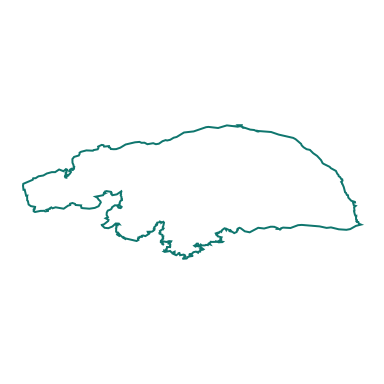 the district of Sula nor, Møre og Romsdal, Norway, rotated 180°
{"feature_id": "86288312B40497939679228", "entity_name": "Sula nor", "entity_type": "district", "adm_level": 2, "iso_a3": "NOR", "parent_name": "Norway", "parent_adm1": "Møre og Romsdal", "projection": "mercator", "projection_center": [6.236, 62.423], "detail": "fine", "context": "isolated", "style": "outline", "palette": "teal", "viewbox_px": 384, "rotation_deg": 180, "n_neighbors": 0, "source": "geoboundaries", "source_scale": "gbopen_adm2", "svg_char_len": 6090}
<svg xmlns="http://www.w3.org/2000/svg" viewBox="0 0 384 384"><g transform="rotate(180 192 192)"><path d="M201.6,125.2L197.4,125.5L196.6,126.3L196.7,126.8L194.3,127.6L190.9,128.1L194.5,129.3L194.3,129.9L192.1,130.2L190.6,131.8L188.0,132.4L186.0,131.3L185.7,132.3L183.9,132.4L183.9,133.2L182.9,133.9L183.7,134.4L183.6,134.8L181.3,134.2L180.8,134.5L182.2,135.2L181.3,135.3L183.7,137.1L187.2,138.1L188.5,137.4L189.7,138.3L188.0,139.2L187.4,140.3L186.1,140.4L185.1,138.7L183.3,138.6L183.1,139.3L182.2,138.6L179.1,138.6L178.2,139.1L176.2,138.9L176.2,139.5L175.4,140.1L173.9,139.6L174.8,140.8L173.4,141.6L173.3,142.2L170.4,142.0L170.4,141.3L170.2,142.1L167.8,142.1L167.8,142.6L165.4,141.7L161.6,141.9L161.2,142.2L164.9,143.1L163.2,143.8L163.1,144.6L162.8,144.6L162.8,145.6L163.3,145.6L162.5,146.7L166.3,147.7L166.4,148.3L167.8,149.3L167.7,149.8L168.2,150.6L166.7,151.2L166.1,150.6L165.6,150.9L166.4,151.3L165.2,151.2L164.6,152.1L163.2,152.6L162.7,152.2L161.8,154.0L159.5,155.7L158.7,155.5L157.8,154.0L157.4,155.1L154.6,153.8L153.7,154.0L153.1,153.3L153.8,152.7L151.7,152.2L149.8,150.9L147.4,152.0L146.9,153.4L146.4,153.6L146.1,154.5L146.6,154.9L146.3,155.3L144.6,156.2L143.2,155.7L139.2,152.7L134.3,151.7L125.8,156.2L119.9,155.5L113.2,157.3L109.8,157.2L106.6,155.9L107.1,155.1L104.7,155.0L104.0,154.4L103.4,154.7L103.0,155.7L100.9,156.4L93.5,156.0L86.0,158.8L82.3,159.1L64.4,157.6L57.4,156.1L53.0,156.6L45.2,154.7L37.6,154.2L33.8,154.9L28.1,158.1L23.0,159.4L25.1,160.3L25.7,162.0L27.1,162.0L27.6,162.7L27.0,163.3L27.1,164.0L27.9,164.4L28.0,166.8L27.7,167.4L27.7,168.2L28.4,168.0L29.1,169.3L30.0,173.0L29.5,173.3L29.9,176.7L28.3,178.1L30.2,178.7L31.0,181.6L29.0,181.6L29.1,182.1L32.7,183.2L35.7,186.4L36.0,188.7L37.2,189.1L38.0,191.1L38.9,191.7L40.2,196.8L41.6,200.1L42.0,200.3L42.1,201.4L42.8,202.1L41.5,203.3L41.8,204.7L42.6,204.8L43.9,206.9L45.3,207.8L45.6,209.1L46.7,210.2L48.1,213.1L53.1,215.8L54.4,217.2L60.5,220.2L61.5,221.0L62.9,223.8L66.9,228.1L70.8,230.8L74.1,234.1L77.4,234.8L80.4,236.7L82.3,238.6L82.9,240.1L88.4,244.8L90.8,246.1L105.3,249.4L112.9,252.0L125.8,253.0L125.2,252.6L125.5,252.5L126.8,253.2L127.0,252.7L129.9,254.0L133.8,254.4L140.1,256.5L139.7,256.1L140.3,256.1L141.2,257.0L141.5,256.6L142.9,257.9L142.5,258.8L145.2,258.8L143.3,257.6L146.4,258.7L144.8,257.7L148.2,257.8L147.9,257.5L157.1,258.6L165.9,256.0L175.6,257.1L178.0,256.8L190.3,252.6L200.0,251.5L207.4,247.0L210.3,246.3L213.8,244.2L216.9,243.5L218.3,243.9L221.5,242.8L225.1,240.3L228.1,239.8L230.8,240.8L236.6,239.8L239.5,241.3L242.5,241.2L244.5,242.1L249.0,241.7L258.4,239.5L263.7,236.3L267.8,234.9L270.2,234.8L273.2,235.0L273.9,236.4L275.1,236.7L275.1,237.9L279.9,237.4L280.5,238.8L282.3,239.1L285.9,237.4L285.5,236.2L286.3,234.7L290.5,233.9L291.1,233.3L297.6,233.6L303.0,232.2L304.4,231.3L304.4,230.1L305.2,228.5L309.9,227.1L311.6,224.9L311.5,221.2L310.5,219.0L310.4,217.8L309.8,217.3L310.2,216.6L309.9,216.5L310.0,215.2L311.2,214.0L311.9,214.1L312.0,215.2L312.4,215.3L313.9,214.4L314.5,213.0L313.9,213.1L313.0,212.0L314.2,210.2L315.9,208.5L316.2,208.7L316.0,208.3L317.5,207.5L317.6,206.3L318.6,206.5L319.1,207.4L318.9,208.5L318.1,209.6L318.4,211.1L317.7,211.5L317.2,213.5L315.9,214.1L317.9,214.0L317.5,215.6L318.3,214.1L318.5,214.5L320.5,212.8L324.9,214.5L328.8,211.9L332.1,211.9L337.2,210.5L340.7,208.5L345.5,207.7L348.4,205.8L350.8,205.7L351.3,204.2L360.7,200.2L361.0,198.4L360.5,194.2L359.3,194.3L357.9,188.3L356.7,188.4L356.9,187.8L356.8,183.6L356.1,183.0L355.4,179.5L353.2,177.9L348.9,177.1L349.0,176.2L349.6,175.5L349.3,175.5L349.5,174.6L350.3,173.6L350.3,172.7L349.0,172.0L343.5,173.1L339.9,173.2L338.8,172.6L335.2,173.2L336.2,173.5L336.0,174.0L336.8,174.4L334.1,175.2L334.2,175.7L332.7,176.6L331.5,175.7L328.4,176.7L320.3,175.3L316.0,178.3L313.8,179.0L313.9,180.3L311.5,181.0L309.0,180.1L308.4,179.0L303.1,178.6L303.3,178.2L302.8,177.5L302.6,176.2L301.8,175.9L294.6,175.3L289.2,176.1L285.4,177.8L283.2,181.6L283.6,182.7L285.6,184.6L286.4,186.1L288.5,187.3L280.9,188.8L280.3,189.9L279.3,190.4L280.2,190.5L280.0,191.3L278.9,191.4L278.9,192.5L277.5,192.9L272.9,192.1L272.3,190.9L272.9,190.2L271.7,188.8L267.2,189.6L262.7,192.7L262.6,192.4L263.2,190.8L262.9,189.8L263.2,189.4L263.3,188.4L262.6,187.5L262.5,185.2L262.1,185.2L262.0,183.9L263.4,183.2L264.3,181.5L264.2,180.1L265.6,179.1L262.4,177.2L262.6,176.6L263.4,175.9L265.5,176.3L267.0,178.6L269.2,178.7L272.0,176.7L272.4,175.4L273.4,174.5L276.2,173.4L277.2,171.5L277.4,169.0L276.1,166.8L278.3,165.7L275.5,164.2L275.8,163.0L280.0,159.7L282.2,159.1L282.1,158.7L279.4,156.2L275.7,155.8L271.6,157.5L268.3,160.5L265.2,160.4L264.7,159.8L265.8,160.0L266.3,158.7L267.8,158.7L267.5,156.6L268.4,155.2L267.8,155.6L267.9,152.4L267.4,151.7L266.1,151.5L264.0,149.0L264.4,148.7L266.5,150.1L266.9,149.5L264.7,148.0L263.6,148.7L260.8,146.2L260.4,146.8L259.5,146.2L259.8,145.9L258.6,144.9L257.7,145.4L247.4,143.0L245.6,144.0L246.1,145.2L245.6,146.5L244.8,146.1L244.1,147.2L242.1,147.1L241.9,147.5L242.1,148.2L240.9,148.5L238.6,147.9L234.8,150.3L234.3,151.3L236.1,151.6L236.3,152.2L232.2,152.3L230.9,153.0L229.8,154.0L230.1,154.6L229.5,154.7L229.4,155.5L229.9,155.8L229.8,156.7L228.1,158.3L227.9,159.4L226.1,159.0L227.6,159.6L226.9,160.3L226.8,161.3L224.1,161.9L224.0,162.4L222.4,161.8L222.5,161.3L220.7,162.2L220.0,161.4L220.7,158.1L221.3,156.9L220.9,155.6L220.5,155.5L221.1,154.6L221.6,154.8L224.1,153.0L223.6,151.9L224.6,151.1L224.5,150.4L221.6,149.1L221.5,147.6L220.7,147.6L220.9,146.2L221.3,145.7L220.9,145.2L223.1,143.2L223.2,141.8L222.9,141.6L222.5,142.6L221.6,142.2L221.6,139.8L220.1,139.2L221.3,140.2L221.3,142.0L220.5,142.6L217.6,142.0L214.9,142.9L212.8,142.7L213.1,142.1L215.2,142.0L215.7,141.2L215.5,140.5L214.5,140.9L214.1,140.5L213.7,139.3L214.2,137.7L213.8,137.6L213.9,136.9L217.0,137.0L217.2,135.1L217.9,134.7L217.3,133.5L218.5,133.0L219.8,133.6L219.9,133.0L219.5,132.7L220.0,132.5L219.2,132.1L213.9,133.0L211.9,131.1L209.4,132.3L209.4,131.0L210.6,130.1L207.8,128.8L205.8,130.1L205.5,130.8L204.6,131.0L203.9,128.8L200.4,129.4L199.2,128.9L198.7,127.9L199.0,127.3L199.7,127.5L199.9,126.1L201.6,125.2Z" fill="none" stroke="#0f766e" stroke-width="2"/></g></svg>